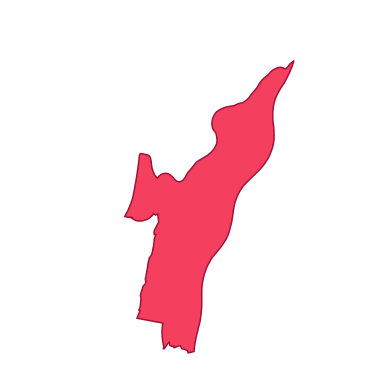 Zaltbommel, Gelderland, Netherlands, rotated 109°
{"feature_id": "6326949B96926910837809", "entity_name": "Zaltbommel", "entity_type": "district", "adm_level": 2, "iso_a3": "NLD", "parent_name": "Netherlands", "parent_adm1": "Gelderland", "projection": "robinson", "projection_center": [5.161, 51.782], "detail": "fine", "context": "isolated", "style": "filled", "palette": "rose", "viewbox_px": 384, "rotation_deg": 109, "n_neighbors": 0, "source": "geoboundaries", "source_scale": "gbopen_adm2", "svg_char_len": 5760}
<svg xmlns="http://www.w3.org/2000/svg" viewBox="0 0 384 384"><g transform="rotate(109 192 192)"><path d="M342.1,138.1L340.7,138.5L338.7,139.0L333.6,140.0L328.7,140.7L323.9,141.2L319.8,141.5L318.9,141.7L312.3,142.2L311.5,142.3L309.3,142.7L305.0,143.6L303.0,144.0L296.8,145.6L293.6,146.7L290.4,147.8L282.9,150.4L279.6,151.4L275.5,152.3L271.5,153.0L268.0,153.4L266.8,153.5L265.3,153.6L261.4,153.6L257.6,153.4L256.3,153.3L251.7,152.5L249.6,152.1L247.4,151.5L246.3,151.1L243.7,150.2L238.1,148.0L232.8,146.2L230.8,145.7L226.6,144.6L223.9,144.2L220.7,143.9L217.4,143.9L215.5,144.1L210.8,144.4L208.3,144.6L205.7,145.0L202.6,145.5L197.2,146.6L193.7,147.2L192.1,147.5L188.2,147.9L187.7,147.9L187.2,147.9L184.8,147.9L184.0,147.9L181.6,147.8L179.6,147.6L176.4,147.2L173.3,146.5L171.8,146.0L169.5,145.4L167.8,144.7L160.7,141.3L158.4,140.1L154.4,138.0L149.1,135.4L144.4,133.5L141.8,132.6L138.8,131.9L136.0,131.1L132.6,130.6L130.0,130.4L124.0,130.3L121.1,130.6L118.3,131.0L117.4,131.2L115.2,131.7L112.6,132.5L110.1,133.4L107.6,134.5L107.6,134.4L103.3,136.1L101.9,136.9L99.8,138.0L96.5,139.4L91.4,141.2L89.6,141.8L86.7,142.4L85.7,142.7L82.2,143.2L80.2,143.4L76.5,143.5L72.9,143.3L72.3,143.2L69.4,142.7L65.7,142.1L63.0,141.4L58.7,140.3L57.1,140.0L56.6,139.9L50.7,139.1L48.4,138.8L46.9,138.6L45.2,138.5L43.2,138.4L41.1,138.3L39.3,138.3L38.3,138.3L37.3,138.3L35.1,138.4L34.5,138.5L35.7,138.9L38.8,141.0L42.1,142.1L43.6,142.8L44.3,143.2L44.9,143.8L45.2,144.5L45.1,146.0L45.1,148.2L45.4,149.4L46.1,150.7L46.9,151.9L48.7,153.7L50.0,155.0L51.6,156.1L53.2,156.9L54.8,157.5L56.4,158.3L58.6,159.6L61.2,161.2L62.7,161.9L64.3,162.6L66.0,163.2L67.3,163.6L69.1,163.9L70.5,164.2L72.3,164.6L73.6,165.0L75.6,165.8L77.2,166.5L78.6,166.9L80.2,167.6L83.5,168.6L85.0,169.2L86.5,169.9L88.2,171.0L89.7,172.1L91.3,173.4L92.3,175.3L93.1,176.6L94.2,177.8L95.5,179.2L96.6,180.3L97.4,181.6L97.9,182.7L98.6,184.0L99.3,185.3L100.0,186.5L100.8,187.8L101.8,189.0L103.0,190.4L104.1,191.5L105.4,192.7L106.8,193.9L107.3,194.3L108.9,195.2L110.5,195.7L112.1,196.1L113.7,196.3L115.3,196.4L116.8,196.3L118.4,196.0L120.0,195.7L121.6,195.2L123.1,194.4L124.1,193.9L125.7,192.6L126.7,191.4L127.4,190.1L127.9,189.4L129.4,188.0L131.0,187.1L132.7,186.2L134.0,185.5L134.2,185.4L135.8,184.9L137.4,184.6L138.9,184.5L140.5,184.6L142.0,184.8L142.4,184.9L143.7,185.2L145.5,185.7L146.7,186.2L147.5,186.5L148.8,187.2L149.3,187.5L150.9,188.5L151.7,189.0L152.1,189.2L153.0,190.0L154.7,191.3L158.1,194.2L159.6,195.5L161.2,196.7L162.8,197.6L164.4,198.3L167.5,199.4L169.1,200.0L170.7,200.5L172.3,201.2L173.9,201.9L175.5,202.4L177.0,202.7L177.9,202.9L178.6,203.0L180.2,203.2L181.8,203.6L183.4,204.3L184.5,204.9L185.8,206.1L186.5,207.4L186.8,208.6L186.7,209.9L186.4,211.1L185.8,212.3L185.0,213.6L184.2,214.8L183.7,216.1L183.2,217.3L182.8,218.6L182.6,219.8L182.5,221.0L182.7,222.3L183.1,223.5L183.7,224.8L184.6,226.0L186.7,227.8L188.2,228.6L190.1,229.4L189.3,231.0L188.5,232.2L187.4,233.5L186.1,234.7L185.1,235.6L183.5,236.7L182.0,237.8L180.4,238.7L177.2,240.2L175.7,240.9L173.6,242.2L172.2,243.4L171.6,244.7L171.4,245.9L171.5,247.2L171.7,248.4L171.9,249.7L171.8,250.9L172.1,252.1L172.5,253.3L174.1,253.7L180.4,252.3L185.2,251.3L189.4,250.5L194.7,249.5L199.4,248.7L205.8,247.7L210.5,247.0L212.1,246.8L215.2,246.4L216.8,246.2L218.4,246.1L221.6,246.1L224.7,246.2L227.9,246.4L229.5,246.5L231.1,246.7L232.7,246.9L237.1,247.7L236.4,242.4L235.8,242.3L235.8,241.5L235.8,241.3L236.0,241.2L235.9,240.7L235.7,240.1L236.6,240.0L236.8,238.4L237.0,237.6L237.1,237.1L237.1,236.5L237.2,235.8L237.2,235.7L237.1,234.6L237.0,233.7L236.6,232.4L236.2,231.2L235.9,230.5L235.2,229.2L234.9,228.7L234.6,228.2L233.5,226.8L232.0,225.1L231.5,224.6L230.6,223.9L230.1,223.5L229.2,222.9L228.2,222.4L227.5,222.1L226.8,221.8L226.0,221.6L225.0,221.3L225.7,219.0L224.0,217.2L227.8,215.4L227.7,215.3L231.6,213.7L233.6,214.1L238.2,214.7L238.7,214.8L239.5,215.0L240.5,215.1L241.0,215.0L241.9,214.9L242.7,214.7L243.0,214.6L244.5,213.8L243.9,212.5L244.0,212.5L244.0,212.4L247.2,212.3L247.8,212.3L248.0,212.3L248.3,212.4L248.5,212.5L252.2,211.5L252.7,211.4L255.1,210.9L256.2,210.7L259.1,210.4L261.0,210.0L261.3,209.9L263.5,209.9L264.9,209.9L268.3,210.9L274.1,210.3L274.6,210.2L276.3,209.8L279.6,209.2L281.9,208.9L281.9,208.7L283.6,208.6L286.5,208.1L287.1,208.0L288.4,208.0L288.8,208.0L289.1,207.9L290.5,207.3L290.9,207.1L291.7,206.6L291.9,206.5L292.1,206.5L293.5,206.2L293.9,206.2L294.2,206.3L294.6,206.5L296.0,207.2L296.5,207.5L297.2,207.5L297.3,207.5L297.8,207.6L300.8,207.4L300.8,207.5L304.9,207.3L306.2,207.2L306.6,207.1L309.2,205.6L309.5,205.5L316.5,203.8L316.8,203.8L317.1,203.8L318.0,203.5L320.0,203.8L320.5,203.8L321.0,203.6L321.1,202.5L329.3,202.9L328.8,199.8L328.5,197.8L328.3,196.4L328.2,195.4L328.0,194.0L327.9,193.6L327.7,192.3L327.5,190.6L327.4,190.1L327.1,188.2L326.4,183.2L326.3,182.9L325.6,178.2L325.4,176.9L325.5,176.8L326.1,176.8L327.3,176.6L329.4,176.1L331.0,175.7L332.5,175.3L333.3,175.1L335.2,174.4L336.2,174.0L338.3,173.2L340.2,172.3L341.1,171.9L342.5,171.1L344.9,169.8L345.1,169.7L346.6,168.8L347.4,168.5L348.1,168.3L348.3,168.2L348.6,168.3L349.0,168.2L349.5,168.0L349.2,167.2L348.5,167.0L347.1,166.6L343.0,165.4L341.4,164.8L341.6,164.5L341.7,164.4L342.7,163.9L343.2,163.6L344.1,163.1L344.3,163.0L344.3,162.9L344.4,162.7L344.4,161.8L344.5,160.7L344.5,160.4L343.8,159.3L343.6,159.0L343.7,158.9L345.1,158.4L345.0,157.9L344.9,157.7L344.7,157.6L344.3,157.3L344.1,157.1L343.9,156.8L343.6,156.4L342.6,155.4L342.4,155.1L341.6,153.9L341.4,153.5L341.1,153.0L341.4,152.7L341.7,152.5L342.1,152.0L342.7,151.3L343.3,150.6L343.5,150.5L343.5,150.4L343.5,150.2L343.5,149.9L343.3,149.3L343.2,148.2L343.1,147.8L343.2,147.1L343.3,146.5L343.5,145.4L343.8,143.9L344.5,144.0L345.3,143.3L345.2,142.8L342.1,138.1Z" fill="#f43f5e" stroke="#9f1239" stroke-width="1.5"/></g></svg>